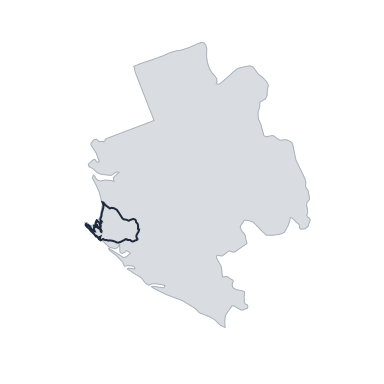 location of Bendjè, Ogooué-Maritime, Gabon, rotated 339°
{"feature_id": "22940354B80874584292882", "entity_name": "Bendjè", "entity_type": "district", "adm_level": 2, "iso_a3": "GAB", "parent_name": "Gabon", "parent_adm1": "Ogooué-Maritime", "projection": "natural_earth1", "projection_center": [9.224, -0.836], "detail": "medium", "context": "in_parent", "style": "outline", "palette": "slate", "viewbox_px": 384, "rotation_deg": 339, "n_neighbors": 0, "source": "geoboundaries", "source_scale": "gbopen_adm2", "svg_char_len": 5133}
<svg xmlns="http://www.w3.org/2000/svg" viewBox="0 0 384 384"><g transform="rotate(339 192 192)"><path d="M257.5,59.9L257.3,63.0L254.2,70.7L252.8,76.5L252.5,82.8L253.3,87.8L254.8,91.4L255.7,95.3L255.0,98.0L253.5,99.2L254.5,100.6L256.7,100.9L260.5,99.7L266.3,97.6L273.9,94.6L278.9,93.0L287.2,94.0L291.6,95.1L293.9,97.3L296.3,106.2L297.5,107.6L299.5,111.4L301.2,116.0L301.5,118.3L301.4,120.0L299.7,122.5L297.8,126.1L297.1,128.3L295.6,130.0L293.5,131.6L288.0,132.2L287.2,133.2L285.6,137.1L282.7,140.4L281.4,143.5L280.2,147.6L280.5,152.7L279.9,160.1L279.3,165.1L280.7,166.9L287.3,168.1L288.6,169.1L290.4,172.2L292.6,175.1L298.7,176.9L301.0,179.2L302.9,181.6L303.1,183.6L301.8,191.6L300.5,199.3L301.0,205.2L301.5,210.8L302.2,219.0L301.8,223.9L300.1,227.0L300.1,229.4L300.9,232.2L299.4,240.2L298.4,241.5L295.7,243.0L294.3,245.1L293.8,248.5L292.4,253.1L290.9,254.7L290.9,256.9L292.3,258.4L292.3,260.8L289.6,263.7L288.0,265.8L284.4,266.9L280.3,265.8L279.3,264.2L280.3,261.7L280.0,259.8L278.5,257.7L276.3,252.3L274.4,251.2L273.3,253.4L270.0,257.5L264.0,262.7L259.9,263.1L252.3,261.5L245.9,259.0L242.9,252.9L241.0,247.9L238.3,242.0L235.2,239.3L231.9,237.5L230.4,237.4L225.8,240.6L224.4,241.9L224.4,244.6L224.8,247.2L225.5,248.4L226.1,250.0L226.0,252.6L225.2,256.0L224.9,259.7L210.2,263.4L207.7,262.1L205.8,260.4L203.6,260.7L197.2,262.6L194.9,261.3L192.6,260.3L191.5,261.1L191.4,262.7L192.5,271.6L192.1,274.9L190.7,279.3L190.0,282.3L193.8,283.1L195.3,284.5L196.6,286.7L198.5,288.8L198.6,290.0L196.5,292.4L195.8,295.2L196.8,297.4L199.4,299.7L203.3,302.1L205.2,303.7L205.0,305.2L203.2,308.2L202.5,310.8L201.3,313.2L201.5,315.4L203.3,317.4L203.1,319.2L201.9,320.5L199.5,320.3L197.4,320.4L195.6,319.9L189.9,312.9L188.6,312.7L180.3,318.1L178.3,320.3L176.6,323.5L174.3,330.3L170.5,326.3L167.2,319.0L163.4,314.5L155.5,307.3L153.3,301.9L144.2,290.1L131.1,278.4L121.6,268.1L120.2,265.9L121.8,266.1L130.9,271.2L132.2,270.7L133.2,269.5L129.3,266.9L125.5,264.8L122.0,263.4L118.4,263.6L116.4,261.4L115.1,258.1L114.5,255.3L112.9,252.4L107.9,246.3L106.6,244.0L103.9,240.7L105.6,240.3L111.0,243.4L111.4,242.2L111.0,240.4L105.6,237.5L102.6,237.3L101.9,235.2L102.3,232.9L98.5,224.1L94.4,217.4L93.8,214.3L104.7,228.7L106.1,228.9L108.0,228.8L112.5,227.2L111.7,225.3L109.6,223.2L107.7,224.2L105.1,224.4L103.8,223.5L103.2,222.0L105.7,215.0L104.6,215.4L103.8,216.6L102.4,217.2L100.2,217.6L94.9,213.8L90.2,203.8L88.9,201.7L87.7,198.2L86.4,196.7L81.0,182.4L83.1,183.4L85.5,187.6L90.3,186.7L92.2,184.3L93.9,184.4L95.5,183.9L97.7,181.6L103.8,171.7L105.4,158.7L104.9,150.9L104.0,143.3L106.0,140.8L106.9,142.4L107.2,145.2L108.2,147.2L110.4,149.0L114.5,149.5L120.8,152.3L123.0,154.1L123.7,150.5L130.9,147.4L128.7,146.3L122.3,147.5L113.4,142.9L110.5,140.0L107.7,134.4L104.9,131.5L105.1,128.9L111.4,126.5L113.1,126.8L113.8,129.7L115.5,130.8L116.2,130.4L116.4,128.0L116.5,121.4L114.5,112.0L115.1,110.2L116.9,109.5L118.4,108.3L119.5,108.1L121.6,108.3L122.7,110.5L123.3,111.7L125.5,112.2L127.3,113.4L128.8,113.1L130.1,111.7L131.9,111.4L137.7,111.5L143.0,111.5L153.4,111.5L163.9,111.6L174.3,111.6L182.2,111.6L182.2,106.2L182.1,97.9L182.1,88.1L182.0,78.7L182.0,70.0L181.9,59.7L182.4,56.7L182.9,55.5L182.7,53.8L190.8,53.7L205.4,54.4L211.8,54.3L213.6,54.5L221.6,54.0L228.1,54.6L230.9,55.3L233.3,55.7L241.1,56.1L251.2,55.6L254.7,55.7L256.6,57.2L257.5,59.9Z" fill="#d9dde1" stroke="#a8b0b8" stroke-width="1"/><path d="M115.6,181.9L113.2,179.0L112.1,178.6L111.5,178.0L109.4,177.9L109.1,177.5L108.0,175.5L107.1,174.5L106.1,172.0L105.5,170.1L104.8,169.5L104.8,171.5L104.6,172.6L104.1,173.9L103.2,175.4L100.1,179.5L98.8,182.1L96.8,184.3L96.6,184.7L96.5,185.7L97.1,186.6L97.2,187.2L96.6,187.0L96.3,187.2L96.0,188.5L95.4,188.7L94.9,189.3L94.7,190.9L93.4,193.1L93.6,196.0L93.1,196.8L92.8,196.5L92.7,195.8L93.0,195.0L93.0,194.0L92.2,192.7L91.0,191.4L90.7,189.9L90.3,188.9L89.3,188.3L88.4,188.4L88.3,188.6L88.5,189.3L89.5,190.1L89.1,190.2L87.9,190.1L87.4,190.5L87.0,192.4L87.2,194.0L86.7,193.8L86.2,192.4L85.6,192.1L85.1,191.5L84.8,190.4L84.5,187.7L84.0,186.7L83.0,186.6L82.7,186.3L83.0,185.5L81.4,185.0L81.3,184.6L81.7,183.9L81.4,183.9L80.9,184.5L80.9,185.1L81.6,187.3L82.8,189.3L83.4,191.5L85.5,196.1L86.4,199.1L86.6,199.3L87.2,199.1L87.8,201.0L88.4,201.6L89.4,200.9L90.5,200.8L89.5,201.9L89.3,202.4L89.4,202.8L89.3,203.0L88.7,202.8L87.8,202.0L89.5,204.5L91.8,204.0L92.3,204.1L92.6,204.8L94.0,205.9L95.0,206.2L96.5,207.4L97.4,207.5L99.9,208.8L102.3,210.6L103.6,212.1L105.2,212.9L107.6,213.0L112.2,212.5L112.8,212.2L114.1,212.6L114.2,213.3L114.5,213.6L117.1,214.7L117.8,216.1L118.8,216.9L119.8,217.1L120.8,216.9L123.4,217.0L124.1,216.6L124.3,216.3L124.0,215.5L124.0,213.9L124.8,212.3L127.9,209.8L129.2,208.0L128.4,207.5L128.5,206.5L129.3,205.0L129.8,203.0L129.8,202.0L129.0,200.2L129.3,198.8L129.3,198.1L128.9,197.3L127.8,196.2L124.4,195.9L122.7,196.2L120.7,194.3L118.3,192.9L117.6,191.7L116.0,183.7L115.6,182.8L115.6,181.9ZM93.1,191.8L94.2,191.0L94.3,190.4L94.4,188.1L94.2,186.4L93.7,186.0L92.7,185.8L93.2,184.8L92.9,184.3L91.2,185.9L90.9,186.6L90.8,187.2L91.0,187.8L91.6,188.7L91.6,189.5L91.5,190.4L91.8,191.2L92.5,191.7L93.1,191.8Z" fill="none" stroke="#1e293b" stroke-width="2"/></g></svg>